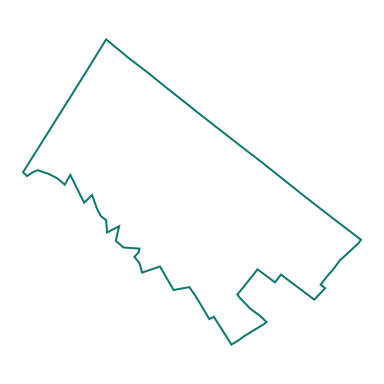 Montgomery, Pennsylvania, United States of America (Albers equal-area conic projection)
{"feature_id": "52423323B27696847619377", "entity_name": "Montgomery", "entity_type": "district", "adm_level": 2, "iso_a3": "USA", "parent_name": "United States of America", "parent_adm1": "Pennsylvania", "projection": "albers", "projection_center": [-75.324, 40.212], "detail": "fine", "context": "isolated", "style": "outline", "palette": "teal", "viewbox_px": 384, "rotation_deg": 0, "n_neighbors": 0, "source": "geoboundaries", "source_scale": "gbopen_adm2", "svg_char_len": 1125}
<svg xmlns="http://www.w3.org/2000/svg" viewBox="0 0 384 384"><path d="M106.1,39.4L91.2,63.6L86.5,71.2L51.9,126.4L23.0,172.3L27.1,176.0L33.3,171.9L37.7,170.2L48.5,173.8L57.1,178.2L64.8,184.7L70.3,174.9L84.1,202.7L92.1,195.0L96.9,208.5L100.8,216.0L106.1,220.2L107.1,232.5L119.1,226.2L115.8,240.9L123.5,247.5L139.4,248.6L138.9,252.0L134.4,257.0L139.3,262.7L142.1,272.6L160.0,266.5L173.6,290.0L189.3,287.1L195.1,295.3L205.4,312.4L209.3,319.1L213.9,316.8L223.2,331.6L226.2,336.1L231.3,344.6L237.7,340.9L243.8,336.4L244.5,336.0L250.8,332.1L255.7,329.1L264.1,324.0L265.2,323.2L265.7,322.7L266.5,322.0L266.2,321.8L260.3,316.0L250.5,308.9L239.7,297.7L237.3,294.5L243.4,287.2L254.1,273.8L257.5,269.3L275.0,282.4L281.0,274.6L293.3,283.9L299.4,288.4L313.5,299.1L314.3,299.7L317.8,295.9L325.2,288.2L320.6,284.7L323.7,280.7L327.6,275.7L333.2,269.4L339.6,260.7L341.5,258.9L344.0,256.6L358.2,243.5L361.0,239.8L353.9,234.3L333.1,218.5L315.3,204.7L300.0,192.7L293.1,187.2L262.1,162.5L247.7,151.5L202.4,116.2L200.1,114.4L193.2,108.9L169.0,89.7L165.0,86.6L147.6,72.5L128.6,58.0L106.1,39.4Z" fill="none" stroke="#0f766e" stroke-width="2"/></svg>